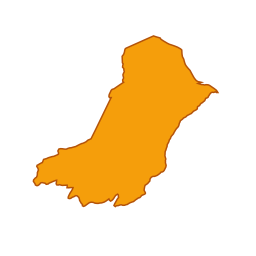 the district of Sobradinho, Bahia, Brazil, rotated 29°
{"feature_id": "56859067B88292675252612", "entity_name": "Sobradinho", "entity_type": "district", "adm_level": 2, "iso_a3": "BRA", "parent_name": "Brazil", "parent_adm1": "Bahia", "projection": "albers", "projection_center": [-40.874, -9.66], "detail": "fine", "context": "isolated", "style": "filled", "palette": "amber", "viewbox_px": 256, "rotation_deg": 29, "n_neighbors": 0, "source": "geoboundaries", "source_scale": "gbopen_adm2", "svg_char_len": 4053}
<svg xmlns="http://www.w3.org/2000/svg" viewBox="0 0 256 256"><g transform="rotate(29 128 128)"><path d="M170.1,52.5L168.3,53.0L166.7,53.5L164.7,53.4L162.6,52.6L161.3,52.0L157.6,49.7L156.5,49.0L154.4,47.6L151.5,46.6L149.0,45.6L147.4,44.7L146.1,43.6L144.4,41.9L143.4,40.8L142.2,40.0L141.1,39.3L139.4,37.2L138.2,35.3L137.2,33.7L135.6,33.3L134.3,33.3L132.1,33.3L129.0,33.7L126.1,34.2L123.6,34.7L121.3,34.8L118.2,34.7L117.1,34.7L113.6,34.4L112.7,33.7L111.4,33.9L108.5,34.6L105.7,35.1L101.6,40.5L87.7,59.0L87.2,59.9L87.4,61.5L88.0,63.1L88.4,64.9L88.4,66.5L88.1,68.1L91.5,73.7L92.7,74.3L93.1,75.9L93.7,77.4L95.5,78.1L96.4,79.4L97.5,80.6L97.5,82.0L97.7,83.7L98.4,84.8L99.4,85.7L100.0,86.9L100.0,88.6L100.9,89.8L102.0,90.1L100.2,93.6L96.7,100.6L95.4,101.9L95.0,103.3L95.1,104.3L95.3,107.6L95.6,108.7L96.2,109.9L97.2,110.4L98.5,109.6L100.5,146.0L100.9,155.3L100.0,156.6L98.9,157.9L98.4,159.2L98.0,160.4L96.9,162.0L96.0,163.2L94.9,164.2L93.8,165.7L92.5,167.6L91.2,169.6L89.8,170.9L87.9,172.8L86.7,173.6L85.4,174.9L84.2,176.5L82.5,177.3L80.6,178.0L78.8,178.9L77.7,180.0L77.8,182.1L79.3,183.4L79.8,184.6L79.2,185.7L76.9,188.7L75.6,189.7L74.0,191.3L72.6,192.8L71.6,194.2L70.5,195.3L69.4,196.4L69.7,198.4L69.8,199.8L69.1,200.6L68.5,201.6L67.9,202.5L67.3,203.7L66.6,204.6L66.8,205.8L68.9,207.0L70.0,208.2L70.2,209.8L70.4,211.1L71.1,212.3L71.7,213.9L71.8,215.6L71.1,216.8L70.9,217.8L70.6,219.2L71.1,220.5L72.4,221.2L73.7,221.8L74.6,222.7L76.0,222.7L77.0,222.1L77.9,220.3L78.2,218.4L79.3,217.4L81.0,216.9L82.2,216.5L83.8,216.9L85.3,215.7L85.9,214.2L86.7,213.3L88.2,211.3L89.2,210.1L89.9,209.2L90.9,208.3L91.6,210.0L92.2,211.6L93.2,212.3L94.5,211.8L95.7,210.7L97.3,210.4L98.5,210.0L100.0,209.0L101.2,208.3L102.5,207.5L103.1,208.4L103.6,209.8L105.2,209.0L106.7,207.9L107.7,207.4L108.8,206.8L109.1,208.1L109.1,209.8L109.1,211.1L108.9,212.1L108.9,213.9L109.0,215.9L109.2,217.5L109.8,218.4L110.9,218.2L112.0,217.3L112.9,215.5L114.0,214.3L114.5,213.4L115.2,212.4L116.5,212.0L118.7,212.6L120.0,213.8L120.8,214.8L122.3,215.7L123.8,216.6L125.3,217.0L125.8,218.1L127.2,218.1L128.2,216.8L129.1,214.8L130.1,212.6L130.8,211.6L131.8,210.7L133.7,209.9L135.3,209.8L136.7,209.3L138.5,208.4L139.7,207.3L141.1,206.4L142.2,205.3L143.2,204.2L144.3,202.3L145.1,200.5L145.7,199.3L146.6,200.1L148.2,200.4L149.0,199.2L149.5,197.5L149.7,195.8L149.7,194.6L149.9,192.9L151.0,190.9L152.0,191.2L152.6,192.3L153.4,193.2L153.1,195.3L153.1,196.6L153.1,197.8L153.1,199.4L153.1,200.9L153.3,202.6L155.0,202.9L155.5,201.7L157.1,200.6L158.3,199.2L159.4,198.4L161.0,198.1L162.5,197.2L163.5,196.0L164.3,195.4L164.9,194.4L165.6,193.1L166.2,192.2L167.5,190.7L168.4,189.8L169.0,188.5L169.4,187.3L170.5,185.2L171.1,183.9L172.0,183.3L172.4,182.0L172.6,180.6L173.2,179.6L173.9,178.8L174.5,178.0L175.0,177.0L174.5,176.1L173.5,175.5L172.2,174.6L171.7,173.2L171.3,172.1L171.0,171.1L170.7,169.9L171.4,168.5L172.1,167.1L172.4,165.5L172.8,163.8L172.1,162.2L172.0,161.0L172.3,159.6L173.2,158.3L174.6,157.5L175.5,156.5L176.4,155.4L177.2,153.9L178.0,152.0L178.3,150.6L179.5,149.6L180.0,148.6L180.2,147.3L180.1,145.4L180.0,143.7L179.4,142.1L178.5,141.2L177.6,140.3L177.2,139.4L176.5,138.4L176.1,136.8L175.3,136.0L174.3,135.0L173.5,134.0L173.1,132.9L172.5,131.8L171.9,130.4L171.8,128.9L171.4,127.2L171.1,125.2L170.4,123.6L170.4,121.8L170.4,120.4L169.9,118.3L170.2,116.7L169.9,115.3L169.9,114.2L170.3,112.4L170.6,110.8L170.4,109.7L170.5,108.6L170.5,106.9L170.7,104.9L171.2,103.3L171.3,101.6L170.9,100.0L170.6,99.0L170.6,97.9L170.3,96.3L170.7,95.3L171.4,93.8L171.7,92.3L172.5,91.3L173.3,90.0L173.7,88.4L174.7,87.0L175.4,85.9L176.3,84.7L176.8,83.0L177.1,81.7L177.6,80.9L178.2,80.0L178.8,79.1L179.3,77.8L178.9,76.7L178.5,75.6L179.1,74.5L179.7,73.8L179.7,72.1L180.1,70.7L180.9,69.6L181.2,68.3L181.8,67.2L181.8,65.8L181.5,64.5L182.5,63.4L183.1,62.4L183.0,61.1L183.1,59.7L183.2,58.3L183.5,57.0L184.3,55.9L185.8,55.3L186.8,54.0L188.2,54.1L189.4,53.4L188.4,52.8L186.8,52.1L184.0,51.7L178.6,51.2L177.1,51.4L175.2,52.3L174.2,53.2L172.6,53.7L170.9,54.5L167.7,55.1L170.1,52.5Z" fill="#f59e0b" stroke="#b45309" stroke-width="1.5"/></g></svg>